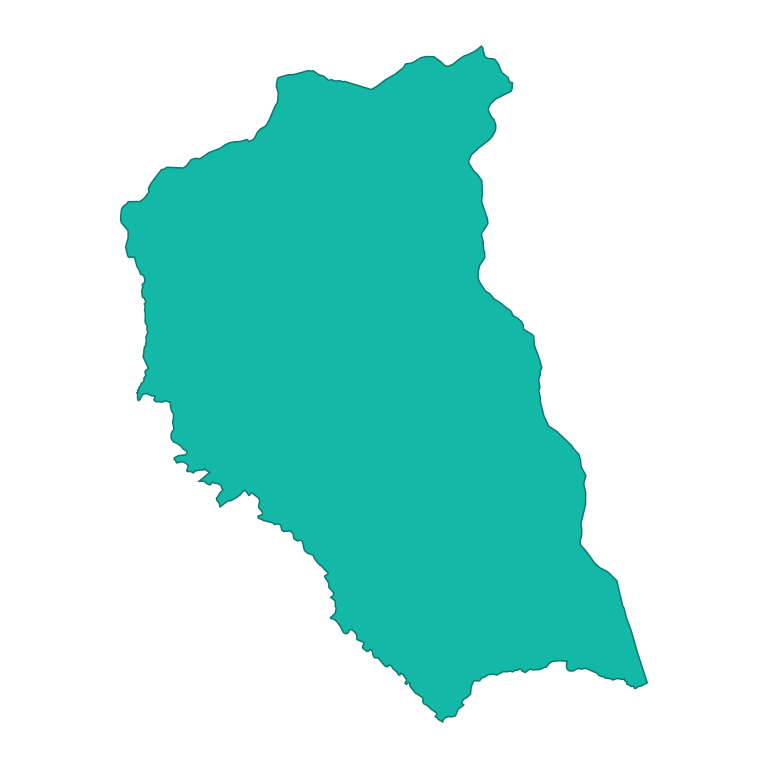 the district of Sotrile, Prahova, Romania
{"feature_id": "2599482B85734359359227", "entity_name": "Sotrile", "entity_type": "district", "adm_level": 2, "iso_a3": "ROU", "parent_name": "Romania", "parent_adm1": "Prahova", "projection": "equal_earth", "projection_center": [25.714, 45.211], "detail": "fine", "context": "isolated", "style": "filled", "palette": "teal", "viewbox_px": 768, "rotation_deg": 0, "n_neighbors": 0, "source": "geoboundaries", "source_scale": "gbopen_adm2", "svg_char_len": 6077}
<svg xmlns="http://www.w3.org/2000/svg" viewBox="0 0 768 768"><path d="M647.3,682.8L637.6,653.0L631.4,631.4L626.3,617.5L623.9,607.8L622.7,605.9L616.8,580.7L607.7,571.8L599.8,567.7L595.0,563.5L585.8,550.8L580.5,544.8L580.2,540.7L581.5,535.9L581.8,529.7L580.9,523.7L585.5,504.7L585.7,493.0L583.7,483.6L585.9,475.5L581.3,467.0L580.4,459.6L578.9,454.5L573.3,448.3L571.5,445.4L556.9,431.5L548.7,426.1L544.0,416.2L540.3,401.5L540.4,397.5L538.8,391.1L539.9,387.3L538.8,380.9L539.0,378.3L540.2,375.2L540.4,370.9L541.8,367.7L539.7,359.8L534.5,345.7L533.6,336.0L532.1,334.5L523.6,329.2L523.1,324.9L521.9,322.1L517.8,318.4L513.0,315.6L511.3,311.9L509.3,309.7L506.6,308.0L500.2,302.7L494.0,298.9L490.0,293.9L485.5,291.0L480.3,283.3L478.6,279.7L478.1,276.5L478.3,271.4L479.5,265.7L484.7,258.0L484.7,252.9L483.6,249.4L483.2,242.1L481.5,235.0L481.8,233.1L487.9,223.6L487.4,218.6L481.5,201.4L482.4,194.2L481.9,181.0L477.9,174.9L473.6,170.6L468.9,163.2L468.7,161.0L471.3,154.9L479.1,147.6L488.9,140.1L492.6,136.0L495.0,131.2L495.7,129.0L495.8,125.0L494.0,119.6L491.4,116.9L488.7,111.4L488.3,109.5L488.6,107.6L489.7,105.5L490.6,103.9L495.7,99.0L511.0,91.3L512.1,88.7L512.5,82.8L509.4,82.0L508.1,77.6L502.2,72.8L500.5,69.6L498.8,64.9L495.4,59.8L493.6,58.9L488.0,58.4L485.9,57.5L483.6,54.0L484.2,53.4L483.0,50.7L483.0,48.2L481.5,46.1L476.1,50.4L469.1,54.3L464.0,56.0L458.9,59.4L453.4,64.0L448.2,66.4L444.9,65.7L440.6,61.6L433.8,56.7L426.3,56.6L421.1,57.6L412.3,62.9L405.4,64.0L404.1,66.8L403.1,67.9L395.1,74.2L385.0,80.1L377.1,86.2L371.3,89.6L344.7,81.4L343.1,81.8L339.8,80.8L334.6,81.0L331.5,79.6L328.5,80.4L324.0,76.4L318.5,74.5L313.2,70.8L310.2,71.1L308.4,70.6L293.7,74.6L288.4,74.7L278.7,77.6L278.0,78.0L277.3,79.7L276.3,86.2L278.3,92.9L277.5,102.4L275.0,106.3L269.7,118.9L266.9,124.3L264.9,126.6L260.7,128.8L257.5,132.1L254.7,137.8L253.2,139.5L249.0,141.6L247.5,139.7L246.4,139.6L240.6,141.5L234.4,141.8L229.5,142.8L225.3,144.7L219.8,148.5L208.9,152.6L200.2,158.7L195.3,158.4L190.7,160.0L186.5,165.9L183.1,168.0L167.7,167.3L166.2,167.7L163.9,169.3L161.5,169.6L151.1,183.2L148.5,188.3L148.9,192.3L144.7,197.9L140.1,201.5L128.2,201.7L126.9,203.8L124.3,205.4L122.1,208.1L121.5,209.3L120.8,215.2L120.7,219.8L121.3,222.6L127.7,230.1L128.2,231.9L128.1,238.0L125.6,247.1L127.8,256.0L128.5,257.1L134.5,257.3L137.0,266.6L139.0,269.6L140.0,272.9L140.6,274.2L142.1,274.6L143.8,276.0L144.9,279.1L144.5,282.7L142.9,283.6L142.1,285.2L142.9,287.1L141.7,290.7L142.2,296.1L143.1,297.7L144.5,298.2L145.8,302.2L144.3,304.1L145.3,306.4L144.5,309.9L145.3,313.5L145.1,321.8L145.8,323.9L147.1,325.2L147.0,329.8L148.0,332.8L146.7,334.7L145.9,337.2L146.4,341.9L145.6,343.5L145.7,345.8L144.4,347.0L143.2,356.9L148.2,368.0L147.5,369.1L145.5,370.5L145.0,371.7L145.8,375.8L144.0,377.8L143.8,381.4L141.1,383.6L140.6,385.8L139.2,387.2L138.5,389.4L137.5,390.6L138.4,392.0L136.8,392.8L137.6,393.8L137.5,398.2L138.4,400.6L139.0,400.4L140.2,399.1L142.4,394.5L146.2,393.5L152.0,395.9L154.6,396.0L155.0,397.3L153.8,399.8L155.6,401.6L162.6,402.0L165.6,400.9L170.3,402.6L170.4,405.7L171.4,410.7L173.4,413.6L173.5,417.7L172.6,422.0L173.9,428.4L173.7,429.6L172.0,431.9L171.1,434.1L171.1,438.6L173.7,442.1L176.6,443.2L181.1,446.2L182.8,448.8L185.9,450.7L187.3,452.4L185.9,454.7L178.6,455.6L174.4,457.8L174.2,459.4L175.8,460.7L176.0,461.9L176.8,462.9L182.3,461.7L184.1,462.3L187.8,464.8L188.2,466.4L186.6,470.8L187.9,471.7L190.4,471.3L192.4,472.5L193.8,472.8L194.3,471.3L199.9,470.0L203.7,469.9L204.5,468.7L206.4,470.5L209.8,472.4L199.1,481.2L204.0,481.1L207.0,483.8L210.0,485.0L212.6,482.0L215.1,483.4L218.1,483.5L221.2,485.9L221.7,488.2L223.1,489.5L219.5,493.6L217.8,496.8L216.5,497.8L216.8,500.2L218.9,502.7L220.1,506.9L227.4,501.2L231.0,500.6L237.6,496.8L240.3,494.7L242.8,491.5L244.3,490.7L245.5,490.7L248.8,495.3L249.5,495.4L250.9,493.1L251.9,492.9L258.3,497.9L259.2,499.2L259.6,501.1L258.6,506.1L258.7,507.6L262.2,511.8L262.6,513.5L262.1,514.7L258.0,516.2L258.2,517.9L263.7,520.5L272.6,522.8L274.6,524.5L277.1,523.9L280.0,524.5L281.1,526.3L281.7,530.1L283.5,531.4L290.5,531.0L293.3,534.0L293.6,537.7L294.4,539.2L297.7,541.0L300.2,540.2L301.3,540.5L302.7,542.2L303.9,548.8L305.2,551.2L307.6,553.2L313.2,555.2L314.2,558.0L316.6,561.6L320.0,565.2L321.9,566.2L323.6,568.6L328.0,572.8L328.0,574.1L324.9,575.7L324.6,577.0L327.9,581.6L328.9,584.7L328.9,587.5L333.8,593.0L333.3,595.6L330.7,597.4L335.0,600.7L335.4,603.5L335.2,606.0L336.2,608.0L335.4,612.7L334.2,614.4L331.1,617.0L330.5,617.9L330.7,618.5L333.9,619.1L336.4,621.2L339.9,625.6L343.1,631.8L344.3,633.3L345.9,633.7L347.4,633.4L348.8,632.0L349.1,630.3L349.6,629.8L351.6,629.6L352.7,630.3L355.4,632.8L356.7,635.3L357.0,639.6L363.6,642.4L364.0,643.9L362.6,646.1L362.6,647.5L363.2,648.7L367.0,651.5L368.6,651.1L370.1,649.3L371.3,649.9L372.6,651.9L372.7,654.1L374.3,657.7L378.2,658.1L385.4,666.5L388.0,666.6L389.0,664.4L391.8,666.5L392.7,668.3L396.6,671.8L398.7,674.9L399.9,675.1L400.7,673.1L402.7,674.2L406.3,679.0L406.4,681.0L405.2,682.6L405.3,683.7L406.3,684.2L408.5,682.7L409.8,683.0L409.8,685.9L415.2,692.9L423.0,697.9L422.8,701.8L423.9,703.8L427.3,705.4L431.4,709.5L436.4,712.7L436.8,713.9L435.3,716.8L437.3,717.8L438.2,719.3L442.7,721.9L443.2,719.8L445.5,717.6L448.4,716.6L451.8,716.8L455.5,715.8L458.2,709.1L463.6,705.2L463.7,704.5L462.1,703.8L461.7,702.9L463.4,699.4L467.5,697.0L470.6,693.9L471.1,687.2L473.7,680.8L479.6,680.9L482.1,677.5L484.1,677.3L488.1,674.7L493.4,674.2L496.9,675.0L503.3,671.6L507.6,671.8L509.8,670.9L512.5,671.9L515.5,670.2L517.2,670.3L519.8,669.0L520.8,669.2L522.4,671.3L525.3,672.5L529.8,669.1L533.2,669.9L539.8,669.5L543.9,667.5L546.3,667.1L549.4,663.2L552.6,661.5L559.4,660.7L566.8,661.2L566.4,667.0L567.7,669.8L569.6,671.0L573.3,670.9L577.9,668.4L581.9,669.1L585.6,668.2L597.7,673.5L598.0,674.6L599.1,675.5L602.6,676.8L603.7,676.5L605.4,678.2L606.8,677.8L607.8,678.5L610.9,678.7L612.7,680.0L617.3,678.5L622.9,679.5L624.3,678.8L625.0,680.9L626.7,682.1L626.8,684.1L627.9,684.8L630.1,685.0L630.3,686.1L631.2,686.5L633.5,686.1L634.2,688.1L635.6,688.5L638.3,686.5L641.2,686.0L647.3,682.8Z" fill="#14b8a6" stroke="#0f766e" stroke-width="1.5"/></svg>